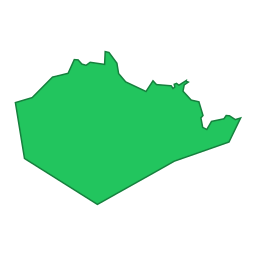 Aweil Centre, Northern Bahr el Ghazal, South Sudan
{"feature_id": "79223893B3139508517189", "entity_name": "Aweil Centre", "entity_type": "district", "adm_level": 2, "iso_a3": "SSD", "parent_name": "South Sudan", "parent_adm1": "Northern Bahr el Ghazal", "projection": "albers", "projection_center": [27.174, 8.427], "detail": "fine", "context": "isolated", "style": "filled", "palette": "green", "viewbox_px": 256, "rotation_deg": 0, "n_neighbors": 0, "source": "geoboundaries", "source_scale": "gbopen_adm2", "svg_char_len": 668}
<svg xmlns="http://www.w3.org/2000/svg" viewBox="0 0 256 256"><path d="M188.3,82.1L185.9,81.0L186.0,80.7L178.9,85.2L176.5,83.4L174.2,84.3L174.8,87.0L173.0,88.5L171.2,85.8L156.5,84.6L153.0,80.8L146.0,91.5L125.7,81.9L118.6,73.6L116.9,63.2L109.0,52.5L105.2,51.6L104.6,64.4L90.2,62.3L86.1,65.3L81.9,64.1L78.1,59.9L74.3,59.6L68.1,73.3L52.5,77.1L32.2,97.6L15.4,102.6L24.5,158.5L97.4,204.4L116.4,193.7L161.0,168.7L174.2,161.2L229.0,142.0L240.6,118.0L235.3,119.6L229.5,115.8L226.2,115.5L223.9,118.8L211.5,121.4L206.8,129.5L202.7,127.4L200.9,117.9L203.0,115.5L198.9,101.8L191.2,100.1L183.0,91.2L184.2,84.9L188.3,82.1Z" fill="#22c55e" stroke="#15803d" stroke-width="1.5"/></svg>